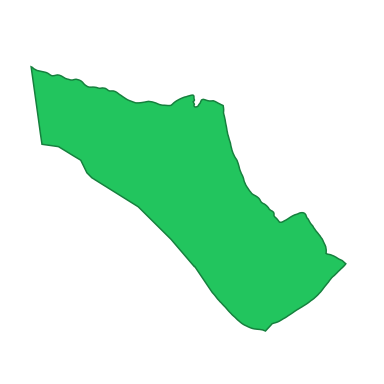 Harib, Ma'rib, Yemen, rotated 261°
{"feature_id": "15242507B38885789134427", "entity_name": "Harib", "entity_type": "district", "adm_level": 2, "iso_a3": "YEM", "parent_name": "Yemen", "parent_adm1": "Ma'rib", "projection": "mercator", "projection_center": [45.379, 14.919], "detail": "fine", "context": "isolated", "style": "filled", "palette": "green", "viewbox_px": 384, "rotation_deg": 261, "n_neighbors": 0, "source": "geoboundaries", "source_scale": "gbopen_adm2", "svg_char_len": 4749}
<svg xmlns="http://www.w3.org/2000/svg" viewBox="0 0 384 384"><g transform="rotate(261 192 192)"><path d="M340.8,52.7L291.7,51.8L273.1,51.4L262.6,51.3L257.7,67.2L252.0,73.9L246.5,80.3L241.4,86.4L240.8,87.1L227.4,91.2L221.7,95.3L193.2,128.1L185.8,136.6L148.4,164.0L144.6,166.3L118.0,182.6L118.1,183.0L89.6,196.3L88.2,197.2L86.8,198.1L85.2,199.0L83.7,199.8L82.1,200.7L80.8,201.6L79.3,202.5L77.9,203.6L76.3,204.6L74.7,205.7L73.2,206.8L71.6,207.8L70.1,208.7L69.3,209.2L68.5,209.7L67.2,210.6L65.8,211.6L64.4,212.5L62.8,213.8L61.5,214.9L60.1,215.9L58.6,217.0L57.0,218.4L55.7,219.5L54.3,220.8L53.2,222.0L52.2,223.3L51.2,224.8L50.2,226.2L49.3,227.6L48.4,229.1L48.2,229.5L47.6,230.7L47.0,232.3L46.5,234.1L46.0,236.0L45.6,237.6L45.0,239.4L45.0,239.7L43.2,242.8L48.3,249.3L49.4,250.6L49.7,252.5L49.9,254.3L50.2,256.1L50.7,257.9L51.3,259.4L51.9,260.9L52.6,262.5L53.2,264.3L53.9,265.9L54.7,267.5L55.4,269.1L56.2,270.9L56.9,272.4L57.8,274.2L58.5,275.7L59.2,277.2L59.8,278.8L60.5,280.5L60.8,281.2L61.3,282.5L62.1,284.3L62.8,286.0L63.5,287.6L64.2,289.1L65.0,290.6L66.0,292.3L66.8,294.0L67.7,295.7L68.7,297.2L69.8,298.9L71.0,300.6L72.1,301.9L73.1,303.3L74.2,304.5L75.4,305.8L76.7,307.1L78.1,308.6L79.4,310.1L80.5,311.3L81.7,312.7L83.0,313.9L84.1,315.1L85.4,316.5L86.4,317.9L87.3,319.5L88.6,321.3L89.6,322.7L90.7,324.1L91.6,325.5L92.6,326.8L93.6,328.4L94.5,329.7L95.5,331.0L96.6,332.3L97.1,332.7L98.2,331.7L99.5,330.7L100.8,329.6L101.8,328.1L102.8,326.6L104.0,325.2L105.1,324.0L105.5,323.4L106.1,322.7L106.5,322.1L107.1,321.2L107.4,320.6L108.3,319.2L108.9,317.7L109.4,316.1L110.4,314.8L110.5,314.9L112.1,315.2L113.6,315.5L115.3,315.5L117.1,315.5L118.8,315.1L120.4,314.6L122.1,314.1L123.7,313.7L125.3,313.2L126.9,312.3L128.6,311.6L130.1,310.7L131.6,309.9L133.1,309.0L134.6,308.1L136.2,307.4L137.9,306.5L139.5,306.0L140.9,305.1L142.4,304.2L143.9,303.6L145.6,303.0L147.1,302.5L148.5,301.5L150.1,301.1L151.8,300.8L153.3,299.9L154.2,298.4L154.5,296.7L154.4,294.9L153.9,293.3L153.6,291.7L153.4,290.1L152.9,288.3L152.3,286.6L151.7,285.1L151.0,283.6L150.3,282.1L149.6,280.4L149.0,278.5L148.4,277.0L148.1,275.4L148.5,273.7L150.0,272.9L151.6,272.0L151.8,271.9L153.0,271.1L153.8,270.4L154.4,269.9L155.9,269.2L157.5,269.6L159.2,269.4L160.6,268.2L161.6,266.8L163.0,265.6L164.5,265.0L166.1,264.0L167.6,262.8L168.8,261.6L169.6,260.4L169.7,260.2L170.9,259.0L172.3,258.3L173.9,257.8L175.4,257.0L176.8,255.8L177.9,254.6L178.9,253.3L179.9,252.0L181.1,250.8L182.6,250.0L184.1,249.1L185.8,248.3L187.3,247.6L188.8,246.9L190.5,246.2L192.2,245.8L193.9,245.3L195.5,245.1L197.2,245.0L198.9,244.7L200.6,244.3L202.2,243.7L203.9,243.3L205.6,242.9L207.4,242.6L209.1,242.5L210.8,242.3L212.5,242.1L214.2,241.8L214.6,241.7L215.8,241.5L217.3,241.0L218.7,240.3L220.4,239.6L222.2,239.1L223.9,238.6L225.6,238.3L227.3,238.0L228.9,237.9L230.6,237.7L232.4,237.6L234.3,237.6L236.2,237.3L238.0,237.0L240.0,236.8L241.8,236.6L243.7,236.3L245.4,236.3L246.7,236.2L246.9,236.2L247.1,236.2L247.4,236.2L249.0,236.2L250.8,236.2L252.8,236.1L254.6,236.0L256.4,236.0L258.0,236.0L259.7,235.9L261.7,235.8L263.5,235.6L265.3,235.5L267.0,235.9L268.6,236.2L270.3,236.3L271.9,236.3L272.5,236.3L272.8,235.9L273.7,234.5L274.8,233.0L275.8,231.6L276.9,230.2L278.0,228.7L278.8,227.2L278.9,225.5L279.1,223.8L279.6,222.2L280.4,220.5L281.2,219.0L281.8,217.5L281.4,215.8L280.0,214.8L278.5,213.9L277.4,212.6L276.0,211.4L275.7,211.1L275.4,210.1L275.4,208.9L275.8,207.9L276.3,207.6L276.9,207.5L277.4,207.5L278.3,208.1L279.2,207.8L280.3,207.4L281.1,207.3L281.6,208.1L281.7,208.4L282.2,208.7L282.5,208.8L283.8,208.6L284.2,208.6L285.0,208.7L286.5,208.9L287.6,208.1L287.7,206.4L287.5,204.6L287.3,202.9L287.0,201.2L286.9,199.4L286.5,197.6L286.1,195.9L285.6,194.2L285.0,192.5L284.4,190.9L283.7,189.4L282.9,188.0L281.8,186.4L280.9,185.0L280.9,183.3L281.2,181.6L281.6,180.0L282.0,178.4L282.3,176.6L282.9,174.9L283.6,173.3L284.6,171.7L285.5,170.3L286.5,168.3L287.2,166.8L287.8,164.9L288.3,163.3L288.3,161.5L288.2,159.6L288.2,157.7L288.2,156.0L288.3,154.2L288.3,153.8L288.5,152.2L288.8,150.4L289.6,148.9L290.5,147.3L291.4,145.7L292.3,144.1L293.3,142.6L294.5,141.2L295.8,139.8L297.1,138.4L298.5,137.0L299.6,135.7L301.1,134.3L302.4,133.0L303.4,131.6L304.1,130.1L304.4,128.5L304.6,126.6L305.4,125.2L306.6,124.1L307.8,122.8L308.3,121.5L308.8,119.7L308.8,117.1L309.3,115.7L310.2,114.0L310.7,112.4L311.1,110.8L311.3,109.0L311.6,107.1L312.3,105.5L313.5,104.1L314.7,102.9L316.1,101.9L317.5,101.1L318.9,99.9L320.1,98.3L320.8,96.8L321.5,95.1L321.5,93.3L321.3,91.5L321.6,89.7L322.5,87.9L323.1,86.4L324.0,84.7L325.1,83.4L326.3,82.0L327.3,80.7L328.2,79.0L328.7,77.3L328.6,75.7L328.5,74.0L328.6,72.1L329.5,70.6L330.8,69.3L331.9,68.1L332.8,66.7L333.5,65.1L336.3,57.9L338.6,54.9L340.0,53.9L340.8,52.7Z" fill="#22c55e" stroke="#15803d" stroke-width="1.5"/></g></svg>